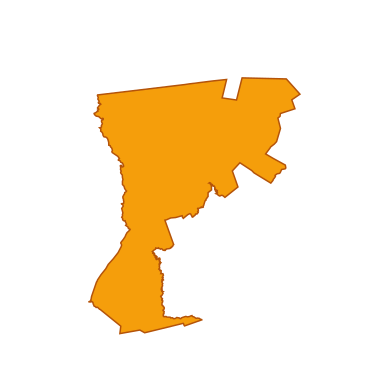 the district of Voi, Coast, Kenya, rotated 250°
{"feature_id": "3690345B74422593765563", "entity_name": "Voi", "entity_type": "district", "adm_level": 2, "iso_a3": "KEN", "parent_name": "Kenya", "parent_adm1": "Coast", "projection": "robinson", "projection_center": [38.488, -3.338], "detail": "fine", "context": "isolated", "style": "filled", "palette": "amber", "viewbox_px": 384, "rotation_deg": 250, "n_neighbors": 0, "source": "geoboundaries", "source_scale": "gbopen_adm2", "svg_char_len": 6001}
<svg xmlns="http://www.w3.org/2000/svg" viewBox="0 0 384 384"><g transform="rotate(250 192 192)"><path d="M295.4,222.1L315.5,136.5L315.2,136.2L314.3,136.1L313.0,136.3L311.5,135.3L309.0,135.8L308.5,135.4L308.3,134.7L307.8,134.5L307.3,134.6L306.5,136.2L305.6,136.3L305.3,134.9L303.4,132.0L303.0,131.9L302.1,132.7L301.7,132.7L301.3,131.2L300.4,131.4L300.0,131.2L300.0,130.1L299.5,128.8L299.4,127.0L299.2,126.8L298.0,126.9L296.1,127.9L294.8,130.1L292.0,131.6L291.7,132.1L291.8,133.3L291.4,133.7L290.4,133.3L290.2,131.7L289.9,131.3L288.9,131.0L287.0,131.2L286.5,130.9L285.5,129.6L284.1,129.2L283.8,128.4L284.0,127.1L282.4,127.9L280.4,127.0L279.1,127.8L278.3,128.0L277.4,128.1L275.8,127.8L274.3,128.0L273.8,128.3L273.2,129.7L271.5,130.8L270.1,130.9L267.2,130.7L264.4,129.8L263.5,131.0L262.3,130.9L261.0,131.5L259.9,131.6L258.2,131.4L257.5,130.6L256.4,130.5L250.9,134.5L248.2,135.2L247.8,134.1L247.4,133.8L247.0,133.7L246.1,135.0L244.4,135.2L243.1,136.5L240.6,136.8L239.4,136.4L239.3,135.2L239.8,134.6L240.3,134.6L240.9,135.0L241.1,134.9L241.4,134.2L241.2,133.6L239.2,133.3L237.6,132.5L235.8,132.6L235.0,131.7L233.8,131.6L231.8,132.3L229.5,131.6L227.4,131.4L225.9,130.3L222.8,129.2L220.6,130.1L218.3,129.9L215.8,130.5L215.3,130.8L214.8,130.1L214.5,128.6L213.2,127.9L212.6,126.9L211.2,125.4L209.9,125.0L208.7,125.2L208.0,124.8L206.6,124.8L205.9,124.3L205.0,124.1L204.6,123.6L205.1,122.1L205.0,121.7L204.6,121.8L203.8,122.5L202.3,122.6L200.6,120.3L196.0,119.9L194.5,118.8L193.3,118.6L192.3,117.3L190.9,117.8L189.9,117.4L188.9,117.6L188.0,118.4L188.0,119.3L187.8,119.4L186.9,119.2L184.1,119.5L183.4,118.2L183.2,118.3L181.2,119.8L179.5,119.8L179.4,120.3L178.8,120.3L178.1,121.1L177.5,120.5L176.0,117.0L174.1,114.9L173.0,114.0L171.0,111.3L168.9,107.9L168.2,107.6L166.9,107.8L165.8,107.5L164.6,106.5L160.3,101.8L156.1,95.1L152.6,88.5L149.4,84.8L145.4,78.2L141.7,73.2L140.3,72.0L140.2,71.6L139.6,71.1L128.2,61.9L125.6,60.4L125.2,60.0L124.4,59.9L124.1,57.1L123.4,59.0L123.5,60.0L123.3,60.3L122.8,60.5L122.7,60.9L122.1,61.1L120.8,60.9L118.2,61.0L117.2,62.1L116.3,62.4L116.0,63.7L115.8,63.9L113.5,65.0L113.1,65.5L90.3,79.2L83.6,75.8L80.1,95.8L75.9,99.4L71.6,138.7L71.5,138.9L70.9,139.0L69.2,139.0L68.7,139.2L68.5,157.5L68.8,157.5L69.4,156.6L70.6,155.7L70.8,155.6L71.8,153.7L71.7,153.3L72.0,152.5L74.0,151.1L74.9,149.8L75.9,149.7L76.0,148.0L75.8,147.3L76.2,145.0L77.2,143.7L77.3,142.6L77.4,140.2L77.3,138.9L76.9,138.5L76.9,137.9L77.2,137.4L77.8,137.2L79.3,134.8L78.9,133.2L79.0,132.2L79.4,131.2L80.4,130.8L81.1,128.8L81.8,128.7L83.0,125.7L84.0,124.9L84.0,124.1L84.5,122.9L85.2,122.6L85.8,123.0L86.3,122.8L86.8,123.5L87.1,123.7L87.6,123.7L87.7,124.1L87.9,124.0L88.9,124.9L89.3,124.9L90.4,124.2L90.7,124.2L91.0,124.4L91.1,125.3L92.3,126.2L92.6,126.1L93.2,126.4L94.0,125.9L94.5,126.0L95.0,125.6L95.7,125.5L96.2,125.1L98.2,126.0L98.7,126.8L99.8,127.3L100.4,127.1L100.5,126.6L101.4,126.9L101.5,127.5L101.9,127.7L102.1,127.4L103.4,127.2L103.6,127.3L104.2,126.9L104.7,126.9L105.3,128.6L106.8,130.2L107.3,130.0L108.4,130.2L108.4,130.7L108.9,130.2L110.0,130.4L109.6,129.7L111.1,129.8L111.5,130.3L111.8,130.2L112.2,130.4L112.2,131.1L113.0,131.1L113.9,132.3L115.1,132.3L115.9,133.2L117.9,132.8L118.2,133.0L118.3,133.6L118.5,133.9L119.4,133.5L119.9,133.8L119.8,134.0L119.1,134.4L119.2,135.1L119.8,135.0L119.9,134.6L120.2,134.5L121.4,135.5L121.9,134.8L122.0,134.8L122.6,135.8L123.3,136.1L123.6,136.7L125.2,136.7L126.0,134.7L126.8,135.4L128.7,136.1L129.2,135.0L129.5,135.3L130.4,135.3L130.9,134.5L131.3,134.9L131.4,135.3L132.4,135.9L133.0,135.7L134.7,136.7L134.7,136.3L135.3,136.4L135.6,137.1L135.4,137.4L136.1,138.4L136.5,137.3L137.0,137.8L136.7,138.1L136.8,138.3L137.5,138.3L138.4,137.7L138.5,138.2L139.0,138.2L139.5,138.9L140.7,139.1L141.0,138.9L141.2,138.5L141.1,138.1L140.4,137.4L141.1,136.2L140.6,135.7L140.8,135.4L141.7,135.2L142.0,135.8L141.7,136.2L141.8,136.5L143.0,136.9L143.1,136.4L142.8,136.0L143.3,135.2L143.8,135.7L143.7,136.2L144.0,136.5L145.2,135.8L145.3,135.6L144.9,135.1L145.1,134.8L145.8,134.8L146.4,135.3L147.0,134.9L147.1,135.6L148.0,135.3L148.1,134.3L149.1,134.8L149.6,134.4L150.5,136.6L150.7,138.0L151.8,138.8L151.6,139.1L151.2,139.1L151.1,139.3L151.0,140.4L150.7,140.7L151.0,141.4L150.0,141.8L149.8,142.5L149.1,142.8L149.1,144.0L148.2,144.6L147.4,144.8L146.6,145.9L146.8,146.2L146.3,146.9L146.5,147.2L147.0,147.4L146.9,148.0L147.2,148.5L146.5,151.7L146.6,152.5L147.1,152.9L146.8,153.7L147.0,154.1L147.6,154.5L147.7,155.4L148.5,156.0L148.8,156.8L174.8,156.9L174.6,158.4L174.9,163.1L173.6,167.9L173.1,174.6L171.9,174.4L170.2,174.8L172.2,180.4L172.4,182.6L171.8,183.2L168.3,183.7L168.2,184.4L168.7,185.0L168.8,186.1L169.2,187.0L170.0,187.7L170.0,188.3L169.6,189.0L170.6,190.8L171.6,190.6L172.0,191.6L172.9,191.6L173.2,191.9L174.5,191.6L174.7,191.8L174.3,192.9L174.3,194.3L174.7,195.4L174.2,195.4L174.3,195.8L173.8,197.0L174.0,197.5L175.1,197.8L175.3,198.3L179.1,201.1L179.6,202.4L180.3,202.5L180.9,203.6L181.7,204.4L182.2,205.5L185.9,206.9L187.3,211.1L192.4,212.7L192.6,212.0L194.2,211.9L194.6,211.1L194.8,211.7L194.1,212.5L192.9,212.7L192.0,213.7L190.7,213.5L190.2,214.1L190.3,214.7L190.1,214.8L189.8,214.7L188.9,215.1L188.3,215.1L188.0,214.7L187.3,214.8L187.1,214.4L186.3,214.2L186.1,214.3L186.3,214.8L186.1,215.2L185.2,215.8L185.2,215.4L184.6,214.6L184.1,215.2L183.9,215.1L183.8,214.7L183.5,214.7L183.3,215.2L183.6,215.7L183.0,215.4L182.7,215.7L182.3,215.5L182.2,214.0L181.3,215.0L179.9,215.6L178.8,216.6L178.7,217.1L178.9,218.3L178.3,219.6L175.7,221.1L181.0,236.9L198.0,237.1L203.1,247.0L191.7,255.5L188.8,256.8L173.4,269.1L175.2,272.1L175.9,272.5L177.5,275.0L178.3,275.8L178.9,275.6L179.3,275.9L180.0,278.3L179.6,280.4L179.9,281.4L182.5,283.9L181.9,287.4L182.5,288.4L184.7,288.8L185.4,288.9L195.8,279.8L202.6,274.2L206.8,280.6L207.4,281.2L208.9,285.8L210.4,288.7L221.5,296.9L232.1,298.0L233.0,300.6L235.5,301.9L235.0,317.2L244.5,317.3L247.0,326.9L266.0,319.3L282.1,278.1L263.2,265.3L270.1,252.5L285.9,263.0L289.3,249.3L294.6,226.1L295.4,222.1Z" fill="#f59e0b" stroke="#b45309" stroke-width="1.5"/></g></svg>